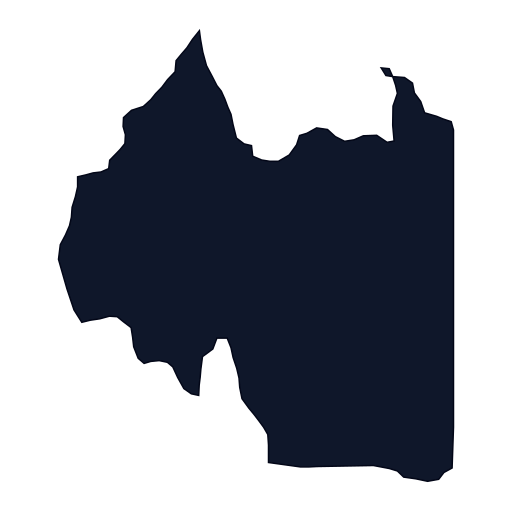 Ibiraçu, Espírito Santo, Brazil
{"feature_id": "56859067B2764192939297", "entity_name": "Ibiraçu", "entity_type": "district", "adm_level": 2, "iso_a3": "BRA", "parent_name": "Brazil", "parent_adm1": "Espírito Santo", "projection": "robinson", "projection_center": [-40.429, -19.829], "detail": "fine", "context": "isolated", "style": "filled", "palette": "ink", "viewbox_px": 512, "rotation_deg": 0, "n_neighbors": 0, "source": "geoboundaries", "source_scale": "gbopen_adm2", "svg_char_len": 1853}
<svg xmlns="http://www.w3.org/2000/svg" viewBox="0 0 512 512"><path d="M451.2,121.7L442.9,118.9L436.6,116.3L424.6,112.8L420.7,101.5L414.4,92.9L412.5,83.1L404.5,77.5L392.7,76.6L395.6,85.3L397.4,93.4L393.0,106.1L392.7,125.2L394.1,141.0L387.1,142.3L376.7,135.3L363.3,135.8L354.1,139.8L344.6,141.3L335.3,136.6L327.5,129.5L316.6,127.9L306.9,133.3L299.6,135.5L296.6,144.8L289.2,155.0L278.4,161.3L269.9,161.3L261.6,160.0L252.7,156.2L251.5,145.6L244.1,143.9L236.4,138.0L233.0,124.4L231.0,114.3L227.9,107.3L224.9,99.2L221.3,91.2L216.9,85.6L212.4,76.8L206.5,65.7L202.8,52.1L200.6,39.7L199.4,30.7L192.5,39.3L186.9,47.8L181.3,54.3L176.1,60.6L175.1,71.7L167.6,79.6L161.9,87.2L155.6,93.7L150.8,99.7L143.3,106.5L131.5,110.3L123.5,117.6L123.1,126.5L125.4,134.7L124.9,143.6L120.2,149.4L115.3,154.5L109.7,160.2L108.7,168.6L100.9,172.0L93.1,172.9L85.8,174.9L77.6,176.8L77.6,186.9L75.4,196.7L72.1,207.3L71.4,217.2L69.5,225.7L65.5,234.9L60.3,244.7L58.5,259.3L67.0,289.0L74.0,309.9L81.8,322.3L90.3,320.2L99.8,318.8L109.4,316.2L117.2,316.7L123.5,321.8L131.1,327.6L132.6,337.1L133.7,346.8L138.2,358.3L144.1,363.4L150.8,361.4L159.2,360.6L167.4,362.3L172.8,366.9L177.7,377.5L183.9,388.6L191.3,393.8L198.7,395.4L199.2,385.1L200.2,377.0L200.9,368.9L202.5,356.6L212.8,349.0L216.9,338.1L227.2,338.1L231.0,347.7L233.1,357.5L236.7,368.2L239.0,378.0L239.7,387.3L242.0,398.7L248.9,408.2L254.1,414.5L258.6,420.4L263.6,427.2L267.8,434.5L268.5,445.1L268.5,453.3L268.5,462.5L300.3,466.9L309.2,466.9L317.3,466.5L373.4,465.5L389.3,468.5L397.4,471.0L403.7,477.1L415.8,478.8L427.6,481.3L438.7,479.3L443.9,472.5L452.1,468.0L453.5,427.2L453.5,406.0L453.5,377.2L453.5,358.3L453.5,346.0L453.5,319.7L453.5,270.3L453.5,244.2L453.5,233.3L453.5,218.7L453.5,185.5L453.5,130.0L451.2,121.7ZM392.7,76.6L389.2,68.7L381.2,67.9L385.9,75.5L392.7,76.6Z" fill="#0f172a" stroke="#020617" stroke-width="1.5"/></svg>